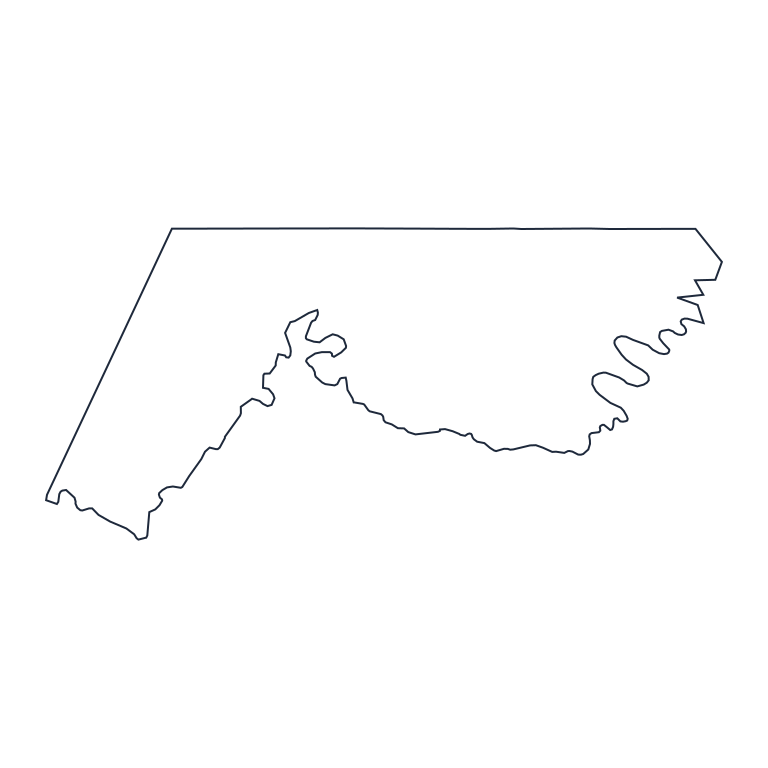 Allegany, Maryland, United States of America (Robinson projection)
{"feature_id": "52423323B81858638532101", "entity_name": "Allegany", "entity_type": "district", "adm_level": 2, "iso_a3": "USA", "parent_name": "United States of America", "parent_adm1": "Maryland", "projection": "robinson", "projection_center": [-78.645, 39.581], "detail": "fine", "context": "isolated", "style": "outline", "palette": "slate", "viewbox_px": 768, "rotation_deg": 0, "n_neighbors": 0, "source": "geoboundaries", "source_scale": "gbopen_adm2", "svg_char_len": 3541}
<svg xmlns="http://www.w3.org/2000/svg" viewBox="0 0 768 768"><path d="M171.9,228.7L108.9,363.1L47.0,494.8L46.1,500.2L56.9,504.0L58.3,501.8L58.8,497.9L59.3,494.1L60.6,491.7L62.3,490.6L66.1,490.0L74.5,497.7L75.6,501.5L75.5,503.7L77.2,507.6L80.3,510.2L82.3,510.5L89.1,508.4L92.2,508.4L98.5,514.9L110.2,521.6L126.4,528.5L134.2,534.3L136.6,538.2L138.4,539.6L145.1,537.9L146.2,537.7L147.3,535.5L149.3,512.1L155.3,509.4L159.5,505.2L162.2,500.7L162.0,499.4L159.9,497.6L158.9,494.6L159.2,493.1L162.4,490.1L167.0,487.4L172.9,486.5L180.8,487.8L182.3,487.0L189.3,475.9L201.3,459.1L205.0,451.7L209.6,447.6L215.8,449.1L217.8,449.1L219.7,447.6L224.9,438.0L224.9,436.8L240.1,415.6L240.9,413.2L240.8,406.8L250.8,399.7L252.1,398.7L259.5,400.9L263.0,403.9L267.5,406.1L271.6,404.9L274.5,398.3L273.1,394.3L268.6,388.9L263.0,387.8L263.4,375.2L264.4,373.7L269.7,373.5L275.7,365.5L275.8,362.4L278.3,354.2L285.0,355.5L286.2,357.3L288.6,357.6L290.3,355.4L290.8,351.3L290.3,347.5L285.1,332.9L290.3,322.2L291.5,321.9L294.8,321.1L308.8,313.0L317.2,310.0L317.9,312.6L317.7,314.9L315.2,320.0L312.5,321.0L311.1,322.7L305.9,336.3L305.9,338.2L306.8,339.3L313.9,341.7L319.6,342.3L325.4,337.9L332.7,334.3L337.7,335.6L343.7,339.3L346.1,346.0L345.9,347.8L341.2,352.4L334.0,356.8L332.1,355.8L331.9,353.6L330.0,352.1L322.0,352.1L315.2,353.5L307.3,358.6L306.2,360.7L306.2,361.5L309.6,365.9L311.6,366.8L313.0,368.5L314.8,372.2L315.0,374.6L315.7,376.7L322.2,382.5L325.3,384.1L334.6,385.4L337.3,384.1L340.1,378.7L341.6,378.0L345.7,377.6L346.4,380.8L347.5,389.9L352.5,398.4L353.7,402.4L354.1,402.4L362.9,403.9L364.2,404.5L368.3,410.2L369.7,411.3L380.9,414.1L382.5,415.5L383.2,416.8L383.7,420.2L385.5,422.3L391.8,424.4L397.9,428.2L404.1,428.4L408.3,432.1L414.2,434.0L415.5,434.4L438.0,431.8L439.9,430.9L440.0,429.5L445.0,429.1L452.6,431.2L459.4,434.0L460.3,434.8L465.1,435.8L467.7,434.0L469.5,433.5L471.1,433.9L471.7,434.7L472.6,437.5L473.9,439.3L476.9,441.5L477.1,441.7L484.4,443.1L490.0,447.9L494.3,450.6L495.2,450.8L496.1,451.1L504.0,448.8L507.9,448.9L510.2,449.7L513.4,449.4L530.1,445.4L535.9,445.2L542.9,447.7L552.2,451.9L556.0,451.7L564.3,452.9L567.9,451.1L569.4,451.0L572.4,451.6L578.2,454.6L580.9,454.7L583.2,454.0L588.3,449.5L590.0,443.9L589.9,440.3L589.2,436.3L589.7,434.4L591.5,433.1L598.9,432.2L600.3,430.7L600.1,429.0L599.8,427.5L600.3,426.1L602.3,424.9L604.0,424.9L607.0,427.3L610.2,430.0L612.0,429.4L613.1,426.8L613.4,424.2L613.4,421.2L614.3,418.8L617.3,418.3L620.4,421.4L623.0,421.7L625.7,421.2L627.2,420.5L627.7,418.8L626.6,415.8L623.7,410.8L620.8,407.7L610.4,402.9L599.6,394.8L595.9,391.1L592.3,384.4L592.6,379.1L593.3,376.8L595.7,375.1L598.7,373.7L603.4,372.6L605.9,372.7L619.2,377.5L624.0,380.4L626.6,383.0L627.8,383.6L637.3,386.4L643.7,384.6L646.8,382.7L648.7,380.3L648.6,376.8L646.8,373.7L642.1,370.0L633.0,364.8L626.0,359.5L621.6,354.7L616.3,347.2L615.0,344.9L614.4,343.0L614.7,340.5L617.4,337.5L621.3,336.2L626.1,336.7L633.0,339.9L648.2,345.4L652.7,349.7L659.2,353.2L664.0,354.1L667.1,353.6L668.5,352.6L669.3,350.7L669.2,349.5L663.2,343.2L659.7,338.7L659.3,337.5L659.3,335.6L660.1,332.1L661.9,330.9L668.5,329.7L673.1,331.4L674.7,332.9L678.0,334.5L681.7,335.0L684.0,334.3L685.7,332.7L686.1,331.4L685.9,329.3L684.2,326.4L681.4,324.1L680.7,321.4L681.8,319.6L684.5,318.6L687.5,318.7L703.6,323.1L697.7,305.0L677.1,297.6L703.3,294.8L695.0,280.3L715.3,279.8L721.9,261.9L695.5,228.9L661.8,228.9L609.6,229.0L589.4,228.5L521.2,229.0L513.4,228.5L487.0,228.9L456.3,228.8L413.5,228.6L355.0,228.4L279.3,228.5L171.9,228.7Z" fill="none" stroke="#1e293b" stroke-width="2"/></svg>